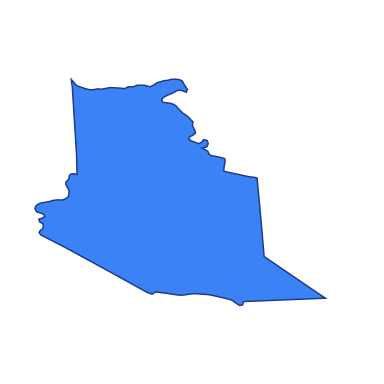 Nova Redenção, Bahia, Brazil, rotated 101°
{"feature_id": "56859067B96538922294760", "entity_name": "Nova Redenção", "entity_type": "district", "adm_level": 2, "iso_a3": "BRA", "parent_name": "Brazil", "parent_adm1": "Bahia", "projection": "equal_earth", "projection_center": [-41.129, -12.772], "detail": "fine", "context": "isolated", "style": "filled", "palette": "blue", "viewbox_px": 384, "rotation_deg": 101, "n_neighbors": 0, "source": "geoboundaries", "source_scale": "gbopen_adm2", "svg_char_len": 2102}
<svg xmlns="http://www.w3.org/2000/svg" viewBox="0 0 384 384"><g transform="rotate(101 192 192)"><path d="M104.6,332.0L111.9,329.5L177.5,312.4L196.6,308.2L196.6,311.2L197.6,314.6L199.6,315.5L202.9,315.5L206.5,317.7L209.5,316.8L211.8,314.6L214.3,312.9L217.4,312.4L220.3,312.6L222.5,314.4L224.7,317.9L225.4,322.7L226.8,326.9L228.4,329.8L230.1,334.1L231.4,337.7L232.8,340.1L234.8,342.1L237.9,343.2L241.1,340.8L241.6,336.6L242.1,333.5L244.0,331.5L246.3,334.2L247.9,337.2L250.5,335.7L251.5,332.4L254.5,331.2L256.8,331.7L258.8,333.7L261.0,334.3L263.0,332.2L270.6,306.0L279.0,279.5L285.8,258.1L297.1,223.1L299.2,216.5L299.9,211.6L297.4,209.2L296.8,206.0L296.7,202.8L296.4,199.5L296.2,194.8L296.0,191.4L295.9,187.9L295.6,184.4L294.9,180.9L293.9,178.3L292.5,174.4L291.1,169.2L290.6,164.4L290.1,160.6L289.6,156.2L289.6,152.2L289.7,148.1L289.8,144.4L290.0,139.7L290.2,136.4L290.4,133.3L291.3,130.5L292.7,127.6L294.3,123.8L293.3,120.8L289.7,120.5L270.8,40.8L262.5,60.4L241.6,108.9L203.7,119.7L165.9,130.8L165.7,133.8L166.1,137.5L166.1,141.6L166.0,146.1L165.9,149.7L165.8,152.7L165.8,155.6L165.7,160.5L165.5,164.7L163.1,165.2L159.3,165.3L155.4,165.3L153.1,166.2L152.7,169.1L152.6,172.5L152.6,176.3L152.6,179.7L151.8,182.3L149.1,184.2L146.9,190.4L144.8,186.1L141.5,185.3L138.6,186.9L138.3,190.7L140.9,191.8L143.3,194.4L142.7,198.4L141.8,203.1L140.5,205.4L138.1,204.7L136.0,201.8L133.4,199.8L130.6,201.2L126.9,204.2L122.9,204.5L121.2,207.2L119.4,209.5L117.9,212.2L116.3,216.1L114.0,219.5L112.5,221.8L110.6,224.0L109.4,227.0L109.0,229.8L109.3,233.9L109.5,238.0L107.5,239.3L105.2,238.7L103.2,236.4L101.4,234.1L99.0,230.4L96.8,227.7L94.8,225.3L94.2,222.5L94.6,219.6L95.2,216.7L92.2,216.1L90.1,218.2L87.4,220.7L84.8,222.9L84.1,225.9L84.4,230.1L85.4,234.0L86.9,237.0L88.3,241.2L90.4,245.1L91.7,247.6L94.0,249.6L96.7,253.1L96.3,259.1L97.0,263.1L97.9,266.8L99.9,269.5L101.0,274.9L103.4,277.8L103.7,281.8L104.5,288.3L105.1,292.4L106.7,296.2L108.3,300.4L108.9,304.6L110.3,308.2L111.1,311.5L111.0,315.8L110.4,320.1L109.9,324.1L108.8,326.8L106.7,329.1L104.6,332.0Z" fill="#3b82f6" stroke="#1e3a8a" stroke-width="1.5"/></g></svg>